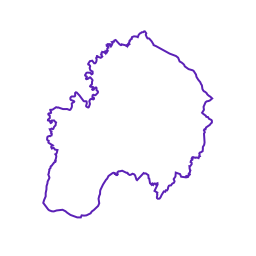 Can Loc, Ha Tinh, Vietnam (Robinson projection), rotated 192°
{"feature_id": "81297802B44635779635670", "entity_name": "Can Loc", "entity_type": "district", "adm_level": 2, "iso_a3": "VNM", "parent_name": "Vietnam", "parent_adm1": "Ha Tinh", "projection": "robinson", "projection_center": [105.744, 18.444], "detail": "fine", "context": "isolated", "style": "outline", "palette": "violet", "viewbox_px": 256, "rotation_deg": 192, "n_neighbors": 0, "source": "geoboundaries", "source_scale": "gbopen_adm2", "svg_char_len": 5842}
<svg xmlns="http://www.w3.org/2000/svg" viewBox="0 0 256 256"><g transform="rotate(192 128 128)"><path d="M195.3,37.1L189.1,31.7L187.9,31.1L185.2,30.7L183.2,31.0L180.7,32.5L175.0,34.4L171.9,33.6L169.9,32.5L166.2,31.0L159.1,30.0L155.6,30.7L155.2,32.9L152.6,33.2L150.5,33.9L146.8,36.8L146.5,37.9L145.7,39.3L144.5,40.5L141.0,45.6L140.5,48.4L142.1,52.7L142.0,55.8L141.6,57.5L142.1,60.3L142.1,61.7L140.7,67.5L138.7,72.9L137.9,74.0L137.1,77.0L133.7,80.7L132.9,81.2L132.0,81.2L131.6,80.6L131.1,80.8L131.1,80.3L130.6,80.4L129.7,79.5L128.8,79.7L128.4,80.6L128.8,81.0L129.0,82.6L128.3,83.6L126.9,84.0L124.8,85.0L120.1,83.8L119.6,84.1L118.7,83.7L118.3,83.0L116.6,82.4L115.5,82.9L114.1,84.2L112.4,84.0L111.2,83.1L109.0,79.3L108.3,78.9L103.3,87.2L102.2,86.9L101.2,87.3L98.3,86.1L97.4,83.1L96.7,82.9L95.0,78.6L93.3,77.5L93.2,78.3L93.0,78.5L92.7,77.7L91.7,77.5L91.8,78.7L90.9,78.8L90.6,79.2L89.5,79.3L89.3,78.5L88.7,78.4L88.5,78.7L88.9,79.3L87.7,80.1L87.3,78.9L89.0,72.0L85.8,70.9L85.9,69.4L85.4,68.8L85.4,66.4L85.0,65.4L84.1,65.0L82.5,65.5L81.8,66.8L81.2,69.4L79.8,73.4L78.3,73.4L78.1,74.9L76.8,75.1L76.3,76.7L76.4,78.4L76.0,80.0L75.4,80.4L74.0,80.8L73.2,82.7L71.6,84.1L71.4,85.6L72.7,87.5L71.5,90.4L72.0,94.3L67.5,93.7L65.9,91.4L61.6,91.7L61.4,92.7L60.4,93.4L59.9,93.2L60.0,92.5L59.9,92.2L59.0,92.7L58.8,94.2L57.8,95.4L58.1,95.9L58.7,95.5L59.1,95.7L58.2,97.9L58.4,98.7L58.1,99.4L58.4,99.9L58.9,100.2L59.2,101.2L59.6,101.7L59.5,102.7L60.0,103.4L59.1,103.8L58.2,105.9L58.6,107.3L59.7,107.7L59.6,109.2L58.4,110.4L58.5,111.6L59.2,111.0L59.4,111.4L59.0,112.7L58.5,113.0L58.0,112.6L57.5,113.0L56.0,112.8L55.4,113.3L53.9,113.3L53.5,113.6L52.7,113.3L52.4,114.9L51.9,115.3L52.5,115.8L52.3,116.5L53.0,118.0L52.5,119.0L51.9,119.2L50.2,120.8L50.4,123.3L50.6,123.6L50.8,125.0L50.0,127.4L50.1,129.8L52.5,138.3L52.0,139.9L53.3,141.6L52.9,142.7L51.9,142.8L51.8,144.7L48.6,148.1L47.9,149.7L47.2,150.5L47.1,151.1L47.5,152.6L48.1,153.2L50.8,153.9L52.0,155.3L53.7,155.2L54.5,156.2L57.4,157.5L58.7,158.3L57.5,161.6L58.5,164.4L57.5,169.3L56.6,170.4L54.7,171.2L53.5,172.1L51.8,174.4L53.9,175.7L55.8,176.4L57.5,177.4L58.3,178.4L60.1,179.4L61.4,179.7L62.2,180.3L63.3,181.6L64.6,185.1L65.9,186.4L66.8,187.8L69.4,189.9L71.7,192.3L72.6,194.4L75.7,197.5L76.8,197.9L81.0,198.2L85.3,200.1L86.1,201.3L87.1,202.1L89.2,203.2L91.3,203.8L93.6,207.2L96.1,208.4L102.7,209.4L117.6,213.9L120.2,214.4L120.5,215.1L122.9,217.7L125.7,219.8L126.3,220.0L127.5,219.7L128.6,220.8L130.0,222.8L129.8,224.4L131.6,226.0L132.3,225.9L133.0,224.9L134.6,224.4L135.2,223.5L136.0,223.0L136.9,221.4L137.3,218.9L138.7,219.2L141.2,218.9L143.0,217.7L143.1,216.6L142.8,216.1L143.9,215.1L144.0,214.4L144.6,213.8L144.3,213.1L144.7,212.4L144.6,211.8L144.8,211.5L144.7,210.6L144.1,210.3L144.8,209.5L144.9,209.0L145.4,209.0L145.5,208.5L145.8,209.0L146.0,208.3L146.3,208.4L146.5,208.1L146.8,208.4L147.0,208.1L147.5,208.4L151.6,208.5L151.7,207.8L152.1,207.6L153.6,208.1L158.4,211.5L159.5,210.8L159.7,209.5L160.4,209.5L160.7,208.9L161.5,208.7L160.7,207.9L161.0,206.6L161.7,205.9L161.2,205.4L161.7,204.2L163.1,205.5L162.8,206.1L163.0,206.3L165.4,205.8L165.4,205.2L166.0,204.7L165.6,204.5L165.6,204.0L165.0,204.2L164.2,203.7L164.3,203.2L163.9,202.5L164.5,202.1L164.8,201.2L164.4,200.0L164.8,199.3L163.9,199.1L164.4,198.0L164.4,197.4L164.9,197.2L165.2,196.4L165.9,197.3L165.9,196.6L166.7,196.8L167.1,197.5L167.7,197.1L169.0,197.1L168.9,196.6L169.6,195.7L169.3,195.0L169.6,194.2L168.9,194.0L168.7,193.2L168.1,192.6L168.6,192.2L168.5,191.7L169.3,191.0L171.6,191.3L173.0,192.0L173.4,191.9L173.4,191.5L172.9,190.7L173.7,189.8L172.9,188.5L172.8,186.6L173.1,185.3L173.6,184.5L174.5,184.3L177.0,186.4L179.2,185.4L180.3,182.4L180.1,181.9L178.9,181.6L178.0,180.8L177.8,180.3L178.0,178.7L177.0,177.0L176.3,176.4L174.4,175.9L173.9,174.1L174.1,173.4L174.8,172.9L176.2,174.0L177.0,174.1L179.4,173.7L180.1,173.3L181.0,170.8L180.7,170.3L179.0,169.7L178.9,169.1L179.4,167.7L179.1,167.2L178.7,167.1L177.4,167.8L176.0,169.5L175.5,169.7L175.0,169.4L172.9,167.8L172.6,167.2L172.8,165.7L172.4,163.4L173.6,161.6L173.7,160.8L172.7,160.5L171.6,160.9L170.8,160.8L170.6,160.1L171.1,158.3L170.5,157.9L169.6,158.3L168.5,160.7L167.6,161.0L167.1,160.6L166.6,158.4L165.1,157.6L164.8,156.9L164.9,156.1L166.6,153.4L167.3,153.1L168.8,153.3L169.4,152.7L169.3,150.9L167.5,150.2L167.3,149.5L167.8,148.8L170.1,148.8L171.0,148.0L171.4,146.2L170.2,143.6L170.7,140.2L171.1,139.8L171.6,139.8L173.0,140.2L173.6,140.8L173.4,143.5L174.0,145.3L174.6,145.5L176.4,145.0L177.1,145.2L182.2,149.7L185.5,152.0L186.4,152.1L187.0,151.2L186.4,148.8L186.6,148.0L187.3,147.6L189.5,147.2L190.3,146.4L190.6,145.6L190.4,144.3L189.8,143.6L186.6,143.1L186.1,142.7L186.2,142.2L187.7,140.9L188.1,140.1L187.5,138.4L187.3,137.0L187.6,135.5L188.2,133.9L189.0,133.5L191.5,133.9L195.5,133.0L200.7,133.6L201.2,133.3L202.6,133.4L205.7,130.2L207.8,129.6L207.7,129.2L206.6,127.7L206.4,126.9L206.7,126.5L208.4,125.9L208.9,125.1L208.6,124.5L207.1,123.8L206.6,121.7L206.7,121.1L208.0,119.6L207.9,118.8L205.8,118.6L205.1,117.2L204.6,116.8L204.1,117.2L203.7,117.8L204.4,119.0L204.2,119.4L201.9,120.0L200.8,119.1L199.5,118.5L199.6,117.7L199.4,115.6L200.5,113.8L200.9,111.6L201.6,111.3L202.7,111.5L203.5,110.7L204.2,110.5L203.0,108.9L202.1,108.7L202.3,107.1L201.5,106.8L201.2,105.8L201.3,104.8L201.9,104.6L202.5,103.8L203.2,103.9L204.7,102.9L205.0,102.2L204.8,100.1L204.2,99.3L202.9,99.0L202.9,97.3L202.6,97.0L198.0,95.4L199.1,94.3L199.2,93.4L198.2,92.1L196.7,93.2L194.9,91.7L192.4,91.8L192.5,89.0L192.8,87.8L193.6,87.2L192.6,86.3L192.2,85.2L192.2,82.4L192.5,81.2L191.9,81.0L191.9,80.0L192.0,79.7L192.5,79.5L193.4,78.6L193.4,77.9L194.0,77.1L194.8,75.2L195.5,74.6L195.7,73.9L195.4,73.0L196.4,71.0L196.1,70.2L196.2,68.0L196.0,67.6L196.3,66.0L194.6,63.3L194.6,62.2L195.5,59.0L195.3,57.0L195.6,54.3L195.0,50.9L195.0,47.2L194.3,44.0L195.1,40.1L195.3,37.1Z" fill="none" stroke="#5b21b6" stroke-width="2"/></g></svg>